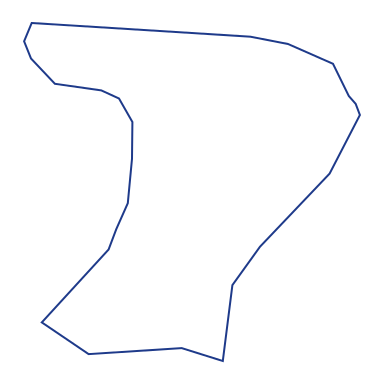 outline of Majšperk
{"feature_id": "SVN-211", "entity_name": "Majšperk", "entity_type": "Municipality", "adm_level": 1, "iso_a3": "SVN", "parent_name": "Slovenia", "parent_adm1": "", "projection": "equal_earth", "projection_center": [15.741, 46.315], "detail": "fine", "context": "isolated", "style": "outline", "palette": "blue", "viewbox_px": 384, "rotation_deg": 0, "n_neighbors": 0, "source": "natural_earth", "source_scale": "10m", "svg_char_len": 411}
<svg xmlns="http://www.w3.org/2000/svg" viewBox="0 0 384 384"><path d="M222.8,361.0L181.7,348.1L88.6,354.1L41.8,322.4L108.6,249.5L116.3,229.1L127.8,203.2L132.0,158.8L132.4,122.0L119.0,98.5L101.3,90.4L54.9,83.8L31.0,58.5L24.1,41.3L31.7,23.0L250.4,36.7L288.0,44.0L333.0,63.8L348.8,96.0L355.7,103.9L359.9,115.0L329.6,173.6L260.0,246.7L232.4,285.1L222.8,361.0Z" fill="none" stroke="#1e3a8a" stroke-width="2"/></svg>